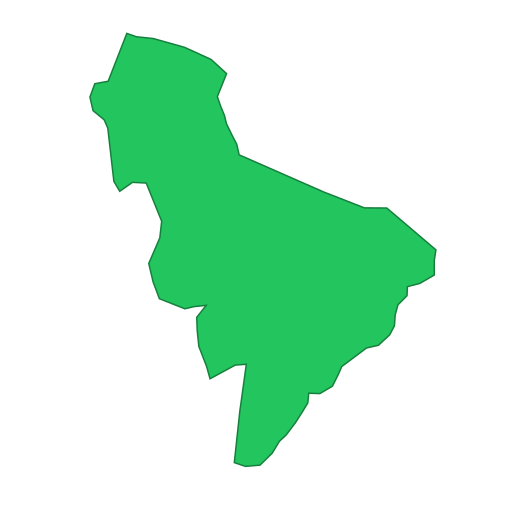 the district of Mato Grosso, Paraíba, Brazil, rotated 95°
{"feature_id": "56859067B53258428932358", "entity_name": "Mato Grosso", "entity_type": "district", "adm_level": 2, "iso_a3": "BRA", "parent_name": "Brazil", "parent_adm1": "Paraíba", "projection": "albers", "projection_center": [-37.732, -6.546], "detail": "fine", "context": "isolated", "style": "filled", "palette": "green", "viewbox_px": 512, "rotation_deg": 95, "n_neighbors": 0, "source": "geoboundaries", "source_scale": "gbopen_adm2", "svg_char_len": 997}
<svg xmlns="http://www.w3.org/2000/svg" viewBox="0 0 512 512"><g transform="rotate(95 256 256)"><path d="M45.5,404.1L94.8,418.5L98.4,431.6L112.1,435.3L125.4,431.0L133.6,419.1L141.5,414.8L194.0,404.1L203.4,397.4L193.4,385.5L192.9,371.7L229.6,353.0L246.3,353.4L272.8,362.2L290.9,356.2L307.0,348.5L314.8,322.2L311.9,313.6L309.5,301.3L322.2,309.7L335.2,308.1L351.0,305.1L370.3,295.6L382.3,291.1L366.5,267.2L364.7,256.2L412.1,258.6L463.7,259.6L466.5,248.2L464.0,233.8L450.9,222.6L438.5,216.5L431.6,210.3L418.5,202.1L406.6,195.9L397.9,191.6L388.1,191.5L387.5,180.4L379.0,168.5L367.1,163.8L358.6,160.9L348.4,149.5L338.0,137.9L334.3,126.3L322.8,115.9L313.4,112.0L302.4,112.2L292.2,110.3L282.4,102.1L273.3,102.5L269.1,90.5L259.4,76.7L244.8,78.0L234.2,77.3L196.8,129.9L198.6,152.3L186.4,193.9L156.7,281.6L146.4,284.9L138.2,290.1L126.9,296.9L118.7,299.7L110.2,304.1L100.6,308.4L76.9,301.2L64.1,317.9L54.4,345.2L48.3,377.3L48.0,394.3L45.5,404.1Z" fill="#22c55e" stroke="#15803d" stroke-width="1.5"/></g></svg>